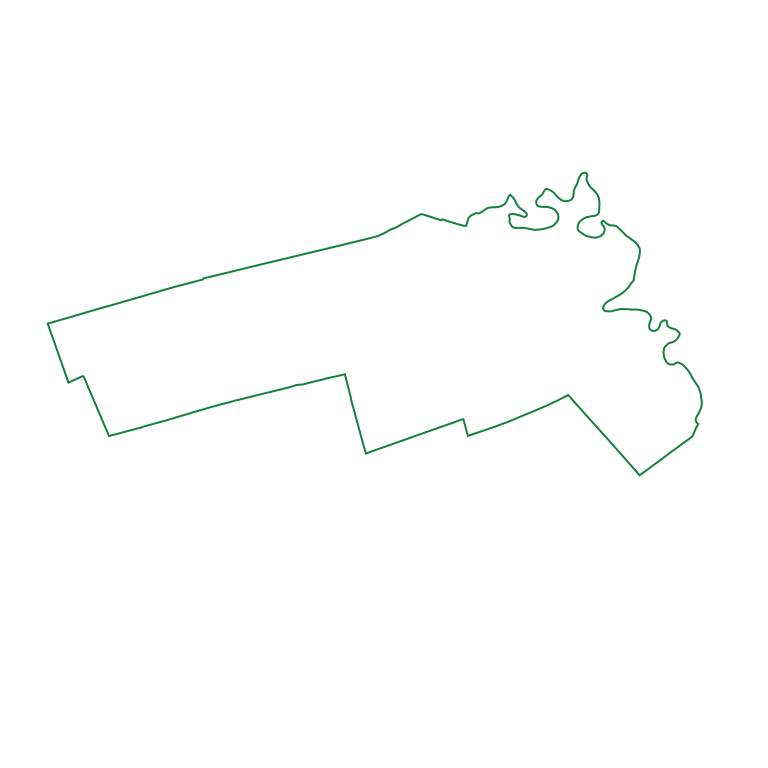 Marculesti, Ialomita, Romania (Equal Earth projection), rotated 69°
{"feature_id": "2599482B62115635478960", "entity_name": "Marculesti", "entity_type": "district", "adm_level": 2, "iso_a3": "ROU", "parent_name": "Romania", "parent_adm1": "Ialomita", "projection": "equal_earth", "projection_center": [27.519, 44.55], "detail": "fine", "context": "isolated", "style": "outline", "palette": "green", "viewbox_px": 768, "rotation_deg": 69, "n_neighbors": 0, "source": "geoboundaries", "source_scale": "gbopen_adm2", "svg_char_len": 6122}
<svg xmlns="http://www.w3.org/2000/svg" viewBox="0 0 768 768"><g transform="rotate(69 384 384)"><path d="M462.5,324.3L463.7,294.3L463.6,288.8L463.8,281.4L463.6,281.2L463.7,278.8L463.4,269.8L463.0,252.6L462.7,244.8L462.3,236.5L461.7,230.5L461.8,229.5L460.3,216.0L489.2,205.1L506.2,198.5L508.7,197.7L510.5,196.8L560.9,178.0L560.2,175.7L558.9,170.9L555.6,159.2L555.1,156.9L553.3,150.6L549.8,138.5L549.0,135.1L547.1,128.4L543.8,115.9L542.8,114.3L541.6,113.0L537.0,108.6L534.0,104.9L531.8,106.0L529.8,106.1L527.7,105.1L525.3,102.3L523.0,99.4L519.4,96.1L515.6,94.0L505.8,91.7L499.5,91.6L493.8,92.8L491.7,93.4L489.0,93.9L484.9,94.3L480.0,95.4L477.6,96.3L475.8,97.0L473.5,97.9L472.2,98.8L471.0,99.9L469.1,102.2L468.8,103.1L469.1,104.0L469.6,106.2L469.1,108.2L468.3,109.9L467.2,111.1L466.2,111.8L465.3,112.2L463.6,112.6L461.0,112.9L459.2,112.8L457.0,112.4L454.0,111.4L450.9,109.6L450.1,108.5L449.3,106.9L448.0,103.9L448.2,101.5L448.3,99.3L448.1,97.0L447.6,95.4L446.6,93.6L444.3,90.7L443.0,89.9L441.7,90.1L439.7,90.9L437.5,92.4L435.8,94.6L434.8,95.9L433.2,97.5L431.4,98.5L429.0,98.1L426.5,97.6L425.2,98.7L424.9,100.8L425.3,102.9L426.5,104.4L428.6,105.8L430.0,107.3L431.1,108.9L431.4,110.9L431.3,113.0L430.4,114.6L429.0,115.8L427.2,116.3L424.9,115.7L422.3,114.3L419.0,111.2L416.9,110.7L414.4,111.1L411.5,112.4L409.5,114.2L408.4,115.9L405.6,120.2L404.1,123.7L403.1,126.5L401.4,129.8L399.3,134.9L398.6,137.8L397.8,142.7L397.7,145.5L396.6,148.4L395.7,150.4L394.8,151.6L393.5,152.4L391.6,152.3L389.8,150.8L388.4,148.9L387.6,147.0L387.2,145.9L385.3,132.5L384.7,129.5L383.4,125.6L382.7,123.9L381.5,121.4L379.7,118.8L378.2,116.7L377.1,114.2L374.7,112.6L367.9,108.7L363.3,105.4L360.4,103.0L359.0,102.0L357.6,100.7L356.1,99.8L353.3,98.2L351.8,97.6L350.4,97.0L349.1,96.7L347.3,97.0L346.0,97.2L344.7,97.6L343.3,98.1L342.0,98.6L341.0,99.1L339.9,99.7L338.7,100.5L337.5,101.3L335.3,102.7L333.6,103.9L331.6,105.1L328.9,106.2L324.8,108.0L322.6,109.2L321.3,109.6L320.5,110.0L319.9,110.5L319.0,111.8L318.0,113.4L317.4,114.9L316.8,116.0L315.7,117.3L314.1,118.7L311.2,120.1L310.5,120.6L310.2,120.9L310.4,122.3L311.0,123.1L312.0,123.3L313.3,123.2L315.2,122.5L316.2,122.3L317.2,122.3L318.6,122.5L320.0,123.3L320.9,124.0L322.0,125.0L322.5,126.1L323.4,128.2L323.5,129.1L323.6,130.1L323.6,131.5L323.5,132.7L323.1,134.2L322.6,135.4L321.4,137.8L320.5,138.9L319.6,140.3L318.1,142.0L317.2,143.1L316.0,143.9L314.9,144.7L313.8,145.4L313.0,146.0L312.2,146.6L311.3,147.2L310.7,147.4L309.9,147.6L308.6,147.5L307.1,147.1L305.6,146.4L304.4,145.3L303.5,144.3L302.5,142.8L301.7,140.6L301.1,138.4L300.9,136.0L300.9,134.6L301.3,132.9L301.5,130.8L302.2,128.4L302.5,126.7L302.6,125.4L302.4,124.1L301.7,122.6L300.9,121.9L299.9,121.3L297.5,120.2L295.2,119.2L293.3,118.4L291.8,117.9L290.3,117.4L288.9,117.1L287.6,116.8L286.3,116.7L285.0,116.8L282.8,117.0L281.6,117.5L280.1,118.0L278.5,118.7L275.2,120.2L274.1,120.8L272.3,121.2L270.7,121.5L267.4,121.8L265.7,121.7L264.2,120.9L261.4,119.2L260.2,119.2L258.9,120.3L258.5,121.9L258.4,123.4L259.1,125.0L260.3,126.7L261.1,127.7L262.3,128.8L266.2,131.9L267.7,133.6L269.3,135.4L271.0,137.0L273.4,138.5L275.1,139.2L277.1,140.4L278.1,141.6L278.8,142.5L279.1,143.7L279.2,144.9L279.1,146.4L278.9,147.8L278.4,149.0L277.6,150.5L276.7,151.7L275.5,152.7L274.7,153.2L273.1,154.2L271.7,154.9L270.3,155.6L268.5,156.2L267.3,156.5L265.1,157.5L263.1,159.1L262.2,159.9L261.6,160.5L260.6,161.7L259.9,163.1L260.9,164.9L261.9,166.2L263.1,167.6L264.3,169.4L264.7,171.2L265.1,172.6L266.0,174.1L266.9,175.5L268.0,176.4L269.3,177.0L270.9,177.1L272.4,176.9L273.1,176.4L274.0,175.3L275.1,173.3L276.6,169.5L277.2,168.2L278.2,166.7L279.2,165.3L280.2,164.1L281.5,163.0L282.6,162.2L283.8,161.7L284.9,161.3L286.2,161.0L287.5,160.8L288.7,160.8L290.1,161.2L291.5,161.7L292.6,162.3L293.6,163.3L294.2,164.0L294.9,165.2L296.0,167.2L296.6,169.0L296.9,170.0L297.1,171.3L296.9,173.8L296.9,175.5L296.6,177.9L296.3,179.6L295.7,182.9L294.7,186.1L294.3,187.7L293.1,189.7L291.7,192.1L290.2,194.4L289.3,195.8L288.3,197.5L285.7,204.6L284.8,206.1L284.2,207.3L283.0,208.1L278.4,208.8L276.9,208.3L275.6,207.8L274.1,207.3L272.4,207.1L271.4,206.9L270.8,206.1L270.9,204.7L271.3,203.3L272.1,201.5L272.8,200.4L273.7,199.1L274.4,198.1L275.2,196.9L276.2,195.8L277.9,193.8L278.4,193.1L278.5,192.4L278.5,191.7L278.3,190.9L277.8,190.6L277.2,190.0L276.4,189.8L275.6,190.0L274.5,190.3L273.6,190.7L272.1,191.6L271.3,192.3L270.1,193.1L269.3,193.6L267.5,194.6L264.7,195.4L263.1,195.7L261.0,195.9L259.2,196.0L257.8,196.2L255.9,196.8L254.9,197.3L252.6,198.3L253.0,199.1L253.5,200.3L256.0,202.7L257.9,204.7L259.0,206.3L259.5,207.3L259.7,208.2L259.7,209.4L259.9,210.5L259.8,211.6L259.8,212.9L259.3,215.4L258.8,217.1L258.2,218.5L257.6,220.3L257.0,223.1L256.9,224.8L257.3,226.8L257.8,228.6L258.2,230.3L258.3,231.3L258.6,232.4L258.7,233.9L258.5,234.8L257.9,235.8L257.6,236.6L257.5,237.3L257.6,238.4L257.7,239.8L257.7,240.7L257.8,242.0L258.4,243.8L259.4,245.7L261.4,247.2L262.3,247.7L262.8,248.2L263.0,248.5L265.9,250.6L264.4,253.5L261.4,257.6L254.1,267.0L251.2,270.6L251.7,271.9L239.3,287.3L238.9,288.0L238.8,288.4L238.8,289.9L238.9,290.4L241.3,311.4L241.8,314.2L242.4,319.1L242.0,319.8L242.1,322.0L243.0,328.2L243.4,330.8L243.4,331.7L243.7,337.2L240.8,361.1L227.2,464.4L224.0,489.6L220.7,514.6L221.5,515.8L218.1,546.5L218.1,546.9L213.0,607.2L211.9,619.5L211.1,628.2L209.6,647.5L209.6,647.9L207.1,676.3L222.4,676.7L269.6,678.1L268.7,663.7L268.7,662.9L268.7,662.6L268.9,662.2L269.4,661.7L333.9,659.4L334.2,657.2L335.0,651.0L336.0,640.5L337.6,626.9L337.7,626.1L337.7,625.7L337.5,625.3L337.8,621.4L339.1,608.6L339.9,601.0L340.9,587.1L341.7,577.2L342.0,571.2L342.4,568.5L342.8,563.5L343.3,556.9L344.7,542.2L345.3,537.6L345.6,535.2L346.3,527.6L346.8,524.2L349.9,498.7L350.5,494.6L351.7,485.0L353.1,474.0L353.5,468.1L353.7,465.7L354.4,462.9L355.2,460.6L355.7,456.8L356.9,446.4L357.6,441.4L358.3,435.0L359.0,429.8L359.8,424.9L360.9,417.0L383.8,419.7L385.0,419.9L385.9,420.3L386.5,420.4L388.1,420.5L397.1,421.3L406.1,422.3L430.9,424.8L442.4,425.8L442.6,415.8L443.0,402.5L443.8,370.6L444.3,352.3L444.9,333.8L444.9,328.2L445.1,324.0L445.3,322.5L462.5,324.3Z" fill="none" stroke="#15803d" stroke-width="2"/></g></svg>